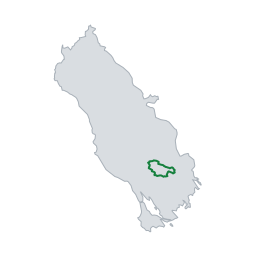 Turkey, with Afyonkarahisar highlighted, rotated 237°
{"feature_id": "TUR-2272", "entity_name": "Afyonkarahisar", "entity_type": "Province", "adm_level": 1, "iso_a3": "TUR", "parent_name": "Turkey", "parent_adm1": "", "projection": "robinson", "projection_center": [30.622, 38.521], "detail": "fine", "context": "in_parent", "style": "outline", "palette": "green", "viewbox_px": 256, "rotation_deg": 237, "n_neighbors": 0, "source": "natural_earth", "source_scale": "10m", "svg_char_len": 4715}
<svg xmlns="http://www.w3.org/2000/svg" viewBox="0 0 256 256"><g transform="rotate(237 128 128)"><path d="M195.5,93.4L199.0,94.6L200.1,93.7L203.2,93.8L206.1,94.5L207.5,92.6L209.5,92.8L209.9,93.8L210.9,94.1L213.9,96.5L213.6,96.8L214.4,97.7L216.9,98.3L217.2,99.5L219.3,101.3L220.4,104.1L219.9,106.1L218.9,107.3L220.7,111.6L220.3,112.1L223.4,113.5L227.3,113.3L228.5,113.9L232.4,117.3L233.4,118.6L230.7,117.0L229.4,118.3L228.8,121.7L224.8,122.3L225.5,124.4L226.6,125.4L226.4,127.5L226.7,128.3L227.9,129.6L227.8,131.4L228.4,133.4L228.5,135.7L230.2,136.4L229.5,137.5L227.9,142.2L228.0,142.6L229.3,142.7L232.2,144.9L231.8,145.6L232.3,148.6L234.8,150.5L234.5,151.5L234.6,152.6L232.8,152.1L229.3,154.8L228.9,154.7L228.3,153.8L228.1,151.1L227.2,150.4L226.1,150.2L224.1,151.5L222.3,151.4L220.5,151.2L215.7,149.5L214.0,150.1L212.1,149.4L208.7,152.7L207.6,153.0L207.0,151.4L205.8,150.5L204.2,151.7L198.2,153.3L195.4,153.5L191.9,153.0L189.1,153.2L181.5,156.8L174.1,158.8L167.5,158.6L163.8,156.4L161.0,155.8L152.6,159.3L148.4,159.2L147.0,157.8L143.8,157.2L143.1,158.5L142.5,161.8L143.7,164.9L141.9,165.0L140.8,165.7L140.5,168.0L138.9,168.9L138.4,170.3L138.1,170.3L135.4,169.2L136.1,168.1L134.4,163.8L135.2,162.5L138.5,159.1L138.4,157.1L136.9,155.7L132.6,158.2L132.2,159.2L131.2,159.9L129.6,160.2L121.8,157.0L117.3,159.9L113.5,164.0L110.6,165.6L102.0,166.7L100.5,167.6L97.5,166.7L95.8,165.6L91.7,160.8L84.2,157.2L76.2,156.3L75.5,157.2L75.3,160.9L74.0,164.4L73.3,164.7L71.6,163.9L65.5,165.9L60.2,163.6L59.3,162.7L58.2,158.6L57.4,158.3L56.6,158.9L55.7,158.9L52.0,157.1L49.9,157.0L48.7,158.7L46.7,159.4L46.7,159.0L47.5,157.9L44.3,158.1L42.6,158.9L40.4,158.4L40.5,157.9L42.4,157.4L46.6,156.8L49.3,154.1L39.2,154.2L38.3,154.8L38.1,153.4L38.7,152.8L41.4,152.3L41.2,151.1L39.6,149.9L37.9,149.2L37.1,146.3L36.2,145.6L36.3,145.2L38.0,144.7L38.3,142.5L38.1,141.2L34.9,140.1L34.2,140.2L33.4,139.1L32.0,138.2L30.9,138.9L27.6,137.2L28.3,135.9L29.1,135.9L29.2,135.0L28.6,133.3L28.7,132.5L29.4,132.2L30.2,132.4L31.0,133.4L31.1,135.3L31.9,136.4L32.5,135.3L34.0,135.9L36.7,135.3L37.2,134.8L35.3,134.9L34.6,134.4L33.0,131.3L34.6,130.4L35.8,128.9L33.6,127.9L34.1,125.8L32.2,123.4L34.8,120.4L34.7,119.9L33.9,119.7L25.9,121.0L25.8,119.7L26.4,118.5L26.4,115.5L26.8,114.0L28.3,113.5L30.1,111.2L33.1,108.4L36.1,108.5L37.3,107.7L39.1,107.7L39.6,108.8L41.2,109.5L44.0,109.4L45.3,108.7L44.1,107.3L45.6,106.9L46.9,107.2L46.2,108.7L46.6,108.8L50.2,108.4L54.0,108.8L58.1,108.6L58.7,108.1L55.7,106.6L57.6,105.3L58.7,105.1L67.4,103.9L67.5,103.6L62.1,102.9L59.4,101.2L58.6,100.3L59.2,98.0L59.8,97.4L61.7,97.3L68.2,98.3L72.9,97.7L78.0,99.2L82.9,98.9L83.9,98.3L85.2,96.1L92.0,92.5L94.4,90.6L105.1,86.9L121.2,87.5L124.0,86.1L125.6,86.6L125.2,87.5L125.3,88.4L127.2,90.6L130.1,91.8L134.1,90.8L135.5,91.2L137.0,94.6L139.6,96.7L140.7,96.8L142.2,95.6L143.6,95.5L146.0,96.7L146.9,97.9L154.6,99.3L156.2,100.3L161.4,101.4L172.9,98.9L177.1,100.6L180.7,101.1L182.2,100.9L186.7,98.9L188.1,97.8L191.0,96.9L194.5,94.7L195.5,93.4ZM47.4,87.3L47.1,88.9L47.8,90.6L49.4,92.9L51.0,94.1L58.8,97.3L57.6,100.3L55.7,100.7L49.0,99.3L46.3,100.5L44.3,100.2L41.6,100.7L40.8,102.5L38.9,104.6L33.5,107.1L28.5,112.2L27.1,112.8L27.7,111.1L27.7,109.6L29.9,107.8L32.9,106.5L33.7,105.4L26.1,105.6L25.4,104.0L26.2,103.7L28.7,101.0L29.0,99.9L28.8,97.2L31.8,95.6L32.1,95.0L31.6,92.3L28.8,90.7L28.9,90.0L30.9,89.3L32.1,87.4L35.1,87.0L36.5,86.1L39.0,85.7L42.2,88.0L45.9,87.1L47.4,87.3ZM24.5,112.0L22.0,112.4L21.2,112.0L22.0,111.2L24.0,110.6L24.6,111.4L24.5,112.0Z" fill="#d9dde1" stroke="#a8b0b8" stroke-width="1"/><path d="M67.8,131.3L70.1,130.0L70.4,129.6L70.9,128.9L71.2,128.0L71.5,127.4L71.7,126.8L71.9,126.3L73.2,125.7L74.0,124.6L74.4,124.7L74.7,125.0L74.9,125.4L75.1,125.7L75.3,125.8L75.5,125.9L76.0,126.2L76.5,126.1L76.9,125.9L77.6,125.5L78.3,124.8L78.7,124.5L79.3,124.8L79.8,125.3L80.6,124.9L81.4,124.4L81.8,124.3L82.2,124.0L82.6,123.7L83.0,123.6L83.8,124.3L84.4,125.5L85.2,126.1L86.6,126.0L87.5,126.0L87.9,126.1L87.8,127.0L87.7,127.2L87.7,127.4L88.0,127.7L88.2,127.8L88.1,128.4L87.3,129.7L87.0,130.3L86.8,131.1L86.8,131.3L86.8,131.6L86.8,131.9L85.8,133.1L85.0,134.0L83.0,135.2L82.7,135.1L82.0,134.3L81.8,134.1L81.6,134.0L81.3,133.9L81.1,134.1L80.5,134.7L79.1,135.8L78.5,136.5L77.7,137.2L76.9,137.5L76.7,137.5L76.4,137.5L75.8,138.0L75.4,138.1L74.9,138.3L74.4,138.9L73.8,139.4L73.4,139.6L72.4,140.6L71.6,141.0L71.4,141.4L71.2,142.8L70.9,143.5L70.1,143.9L69.2,144.0L68.2,143.9L67.3,144.2L66.8,143.4L66.7,143.3L66.5,143.2L66.2,143.1L65.5,143.0L65.3,142.9L65.3,141.5L65.4,141.1L65.8,141.0L66.2,140.8L69.2,138.7L69.5,138.3L69.3,137.4L69.0,137.1L67.8,135.2L66.3,134.8L66.3,134.5L66.5,134.1L66.7,133.6L66.9,133.1L67.6,132.4L67.7,131.9L67.8,131.3Z" fill="none" stroke="#15803d" stroke-width="2"/></g></svg>